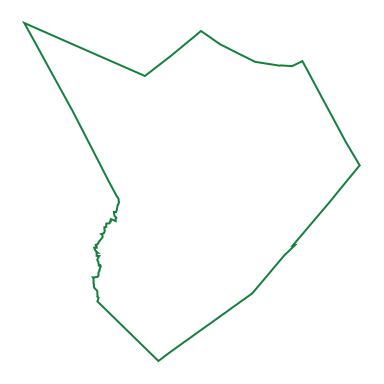 El Salvador, San Luis Potosí, Mexico
{"feature_id": "50627088B73100122878983", "entity_name": "El Salvador", "entity_type": "district", "adm_level": 2, "iso_a3": "MEX", "parent_name": "Mexico", "parent_adm1": "San Luis Potosí", "projection": "orthographic", "projection_center": [-100.964, 24.436], "detail": "fine", "context": "isolated", "style": "outline", "palette": "green", "viewbox_px": 384, "rotation_deg": 0, "n_neighbors": 0, "source": "geoboundaries", "source_scale": "gbopen_adm2", "svg_char_len": 3550}
<svg xmlns="http://www.w3.org/2000/svg" viewBox="0 0 384 384"><path d="M24.3,23.0L40.8,53.0L50.6,71.0L72.7,111.2L93.5,151.6L108.1,180.1L116.6,196.0L116.8,196.4L117.0,196.6L117.1,196.9L117.2,197.1L117.5,197.3L117.7,197.5L118.1,198.0L118.4,198.4L118.4,198.7L118.5,199.0L118.6,199.3L118.6,199.5L118.6,199.8L118.6,200.0L118.6,200.4L118.6,200.7L118.7,201.1L118.8,201.3L119.0,201.6L119.0,202.2L118.7,203.0L118.5,203.5L118.5,203.8L118.2,204.1L117.8,204.6L117.8,204.8L118.0,205.0L117.8,205.2L117.6,205.7L117.4,206.4L117.3,206.9L117.3,207.2L117.0,208.6L116.9,209.7L116.0,212.1L114.3,211.9L113.9,211.9L114.2,214.5L114.6,215.9L115.5,216.9L116.1,217.5L116.3,217.8L115.7,218.4L115.7,221.1L110.9,219.1L110.8,219.7L110.6,220.2L110.4,220.8L110.1,221.3L110.7,221.5L110.0,222.5L109.4,223.4L109.0,223.4L106.3,223.5L106.2,224.3L106.1,224.9L106.2,225.5L106.2,226.1L106.3,226.9L105.1,227.2L104.4,227.2L104.4,227.5L104.3,228.0L104.5,228.6L104.4,228.9L104.4,229.0L104.4,229.3L104.5,229.6L104.6,229.8L104.7,230.1L104.8,230.3L104.8,230.6L104.7,230.8L104.6,231.0L104.5,231.6L104.5,231.8L104.4,232.1L104.1,232.5L104.0,233.0L103.3,233.4L102.7,233.6L102.0,233.8L101.1,234.1L102.5,235.2L102.6,237.2L99.6,241.0L99.2,241.4L99.0,241.8L98.9,241.9L98.8,242.0L98.6,242.1L98.6,242.3L98.5,243.0L97.9,243.5L97.9,243.8L95.6,245.0L96.1,245.8L96.7,246.3L96.7,246.9L96.7,247.7L96.3,247.6L95.6,247.5L94.2,247.7L94.4,248.4L94.6,248.7L94.6,249.0L95.0,249.4L95.1,250.0L95.4,250.5L96.0,251.1L96.6,251.8L97.7,252.7L96.5,252.6L96.5,253.1L96.8,253.1L96.7,253.8L96.7,254.5L96.6,255.1L96.6,255.9L97.0,255.9L97.8,256.0L98.3,256.0L98.7,256.0L99.1,256.0L99.3,256.0L99.1,256.4L98.5,257.3L98.0,258.0L97.6,258.9L97.3,259.7L97.4,260.3L97.5,260.6L97.7,260.8L98.0,261.4L98.3,261.9L98.4,262.2L98.5,262.5L98.5,262.9L98.5,263.2L98.5,263.7L98.7,263.9L98.8,264.2L98.8,264.7L98.8,265.2L98.7,265.5L99.0,265.7L99.3,265.4L99.7,265.1L100.0,265.0L100.3,265.1L100.4,265.4L100.4,265.7L100.6,266.1L100.8,266.3L100.7,266.7L100.6,266.9L100.5,267.2L100.4,267.3L100.3,267.6L100.2,267.7L100.0,268.0L99.9,268.2L99.8,268.5L99.8,269.1L99.8,269.6L99.5,270.0L99.4,270.3L99.4,270.7L99.2,270.9L99.2,271.2L99.0,271.5L98.8,271.9L98.7,272.2L98.5,272.7L98.5,273.4L98.4,273.9L98.6,274.4L98.6,275.3L98.4,275.5L98.2,276.0L97.9,276.6L97.7,276.6L97.4,276.6L97.2,276.9L96.9,277.0L96.5,277.1L96.1,277.0L95.7,277.1L95.2,277.2L94.6,277.4L94.2,277.5L93.7,277.5L93.2,277.3L92.8,277.3L93.5,278.5L93.5,279.9L93.6,281.2L93.4,283.2L94.0,284.0L93.8,286.4L94.2,287.7L95.9,289.5L97.2,290.8L97.4,292.1L97.3,294.0L97.6,295.2L97.3,296.6L98.6,297.8L98.0,299.6L97.4,301.4L158.4,361.0L167.8,353.9L169.4,352.7L172.0,350.8L177.2,347.1L177.5,346.8L178.5,346.2L179.0,345.8L180.6,344.7L180.8,344.5L182.3,343.4L184.7,341.7L185.6,341.1L196.3,333.4L197.3,332.7L201.6,329.6L208.2,324.9L209.8,323.8L221.6,315.3L223.7,313.8L225.4,312.6L225.7,312.4L233.0,307.1L251.8,293.7L252.3,293.1L252.6,293.0L284.2,255.5L291.6,248.4L293.4,246.7L294.9,245.2L292.7,245.6L329.6,202.1L337.2,192.7L358.8,166.4L359.6,165.5L359.7,165.4L346.7,143.5L345.8,142.0L337.4,126.3L322.7,99.0L310.2,75.6L305.9,67.6L302.4,61.1L300.5,62.1L297.3,63.6L292.0,66.2L291.9,66.1L280.7,65.4L279.8,65.7L269.6,64.1L267.9,63.8L266.8,63.7L255.0,61.8L243.9,56.2L243.6,56.1L242.6,55.6L240.7,54.7L238.6,53.6L235.2,51.9L230.8,49.7L230.2,49.4L222.8,45.6L222.5,45.5L222.4,45.5L220.8,44.7L220.2,44.4L219.9,44.1L214.9,40.7L213.7,39.8L202.6,32.1L201.0,31.0L199.4,32.3L194.9,36.1L190.5,39.7L188.5,41.3L187.6,42.1L183.6,45.4L169.2,57.3L168.8,57.5L144.9,76.0L42.0,30.8L24.3,23.0Z" fill="none" stroke="#15803d" stroke-width="2"/></svg>